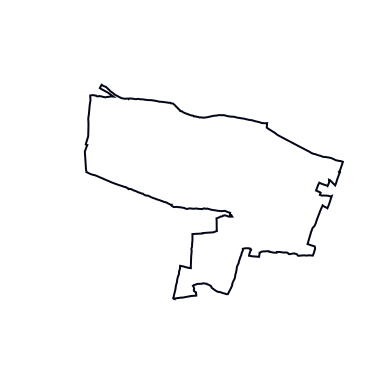 the district of Iana, Vaslui, Romania, rotated 300°
{"feature_id": "2599482B62853104405346", "entity_name": "Iana", "entity_type": "district", "adm_level": 2, "iso_a3": "ROU", "parent_name": "Romania", "parent_adm1": "Vaslui", "projection": "albers", "projection_center": [27.554, 46.405], "detail": "fine", "context": "isolated", "style": "outline", "palette": "ink", "viewbox_px": 384, "rotation_deg": 300, "n_neighbors": 0, "source": "geoboundaries", "source_scale": "gbopen_adm2", "svg_char_len": 6019}
<svg xmlns="http://www.w3.org/2000/svg" viewBox="0 0 384 384"><g transform="rotate(300 192 192)"><path d="M289.2,222.6L288.8,222.0L288.1,221.0L286.7,218.1L286.0,214.7L285.2,212.4L284.4,209.4L284.3,208.5L282.9,205.1L282.5,203.6L282.2,202.9L281.4,199.9L280.9,198.9L278.8,193.3L278.4,191.3L276.5,187.5L275.4,184.6L274.8,182.2L274.4,181.0L273.9,180.3L272.7,178.0L271.7,176.4L270.4,175.0L269.9,174.1L267.9,171.6L264.8,168.3L263.0,166.1L262.1,164.8L261.7,164.1L261.4,162.9L260.3,161.3L260.2,160.8L260.1,159.9L259.4,158.2L259.1,156.8L258.4,155.9L258.7,155.3L258.5,154.4L257.9,152.8L257.4,150.1L257.2,148.6L256.8,146.7L256.6,144.0L256.9,143.3L256.8,143.0L256.7,142.3L256.2,141.4L257.0,140.0L257.0,139.3L257.7,137.1L257.9,135.9L258.4,134.6L259.0,131.9L259.0,131.3L259.0,130.9L258.8,130.4L258.2,129.4L258.3,128.2L258.1,127.8L257.5,127.1L256.9,125.2L254.6,119.9L253.9,118.7L253.4,116.8L252.2,113.4L252.2,113.0L251.6,112.1L251.2,110.8L250.7,110.0L249.8,108.3L248.2,104.7L248.1,104.1L246.2,100.2L245.9,99.2L245.7,98.8L245.2,98.2L244.2,96.8L243.1,93.8L241.8,91.2L241.5,90.9L240.9,90.7L241.1,90.4L241.1,90.1L239.6,87.9L238.8,86.3L238.0,83.9L237.7,76.8L237.8,75.6L238.2,74.2L238.4,71.2L239.2,68.4L240.0,65.0L239.5,62.2L239.7,60.1L235.9,60.2L235.8,61.7L235.9,64.9L236.0,69.6L235.3,76.2L234.1,73.8L232.8,72.2L232.3,71.9L232.2,71.4L231.6,70.5L231.3,70.3L230.8,69.9L230.6,69.5L230.4,68.7L229.8,67.2L229.5,65.6L229.1,65.0L229.0,64.4L228.5,63.4L227.8,62.8L227.6,62.5L227.3,61.3L227.5,60.5L227.1,60.0L226.9,59.0L226.1,57.3L224.6,55.6L220.7,58.2L215.8,60.1L207.6,63.9L206.5,64.3L203.8,65.4L198.9,68.5L189.0,73.9L187.9,74.4L186.3,74.7L185.9,74.9L185.4,74.9L180.1,76.2L180.0,76.8L180.2,77.5L180.3,77.9L178.3,78.1L173.4,79.0L157.7,89.5L157.3,90.2L156.4,90.6L156.6,91.8L156.7,93.8L157.0,96.3L158.1,100.0L160.2,118.1L161.3,124.4L162.4,129.6L162.5,130.6L162.8,131.2L163.1,131.9L163.0,132.7L163.2,133.2L163.0,134.1L163.2,134.9L162.9,135.1L162.8,135.3L162.8,135.6L164.0,137.4L164.1,138.9L164.2,139.4L164.1,140.5L164.5,141.6L164.6,142.7L164.8,143.9L164.8,145.5L165.1,146.3L165.5,149.2L166.0,150.4L165.7,151.2L165.8,153.4L166.0,154.0L166.8,155.6L166.9,156.1L167.1,159.4L167.4,161.7L167.6,162.2L167.7,163.0L168.0,164.1L168.0,164.4L167.9,164.5L168.8,168.5L169.1,170.8L169.3,171.0L169.4,172.6L170.2,175.2L170.1,175.5L170.3,179.9L170.5,180.3L170.2,180.2L169.8,182.0L169.9,183.6L170.3,184.6L171.3,185.8L171.6,186.7L173.0,189.7L174.1,192.8L174.3,193.1L174.3,194.4L174.8,196.1L175.1,196.5L176.4,197.8L176.7,198.3L178.2,201.6L178.9,202.7L179.9,204.0L180.6,206.0L182.4,209.5L182.7,209.8L183.5,210.2L183.8,210.5L183.9,211.1L184.7,212.9L185.2,213.3L186.6,218.6L187.5,220.6L188.3,222.9L189.9,226.6L190.3,227.4L191.8,229.4L192.1,229.9L192.6,233.7L192.8,234.5L193.1,235.4L191.1,236.3L191.7,237.5L190.8,239.1L190.5,238.5L190.2,238.3L189.1,236.1L188.8,235.2L188.8,234.2L188.4,232.6L188.0,231.8L187.4,231.3L186.9,230.6L186.4,230.6L185.8,230.2L184.9,228.9L184.1,228.6L181.4,226.4L179.3,227.8L171.8,232.2L170.8,233.1L169.9,232.4L167.8,230.7L161.8,221.8L161.6,221.6L161.3,221.8L160.6,220.8L157.2,215.5L155.8,213.4L150.7,216.4L149.6,216.9L146.0,218.6L144.6,219.4L142.4,219.9L141.7,220.4L141.0,221.1L135.8,223.5L126.9,228.2L125.5,229.1L124.9,227.8L123.8,224.3L123.2,221.6L122.1,218.6L119.6,219.9L116.3,220.7L114.2,221.8L113.1,222.0L111.9,222.1L109.3,222.8L106.4,224.0L102.6,225.0L99.2,226.4L93.9,227.9L92.3,228.5L91.8,228.5L90.5,228.9L90.4,229.1L90.6,230.6L91.2,230.4L91.4,230.8L92.0,231.4L92.8,232.4L94.2,234.3L95.0,235.1L95.3,235.8L96.1,237.0L97.6,238.7L101.6,243.4L104.4,247.5L105.4,246.9L106.2,246.1L106.7,246.0L107.1,245.7L107.1,244.3L107.2,243.3L108.0,242.5L109.0,242.4L109.7,241.9L110.7,240.8L111.2,239.7L112.6,240.3L113.6,241.5L115.1,242.6L116.1,244.3L117.5,246.4L118.7,247.6L119.2,249.1L119.9,250.6L119.6,251.3L120.0,252.3L120.0,255.6L118.9,257.0L118.6,259.7L118.4,262.4L118.4,264.0L119.4,266.5L119.8,268.9L120.4,271.0L120.7,272.7L121.4,274.1L128.2,273.8L131.0,273.5L131.9,273.2L132.3,272.9L134.0,272.5L138.4,272.2L140.1,271.7L142.2,270.8L143.9,270.5L145.7,269.9L149.8,268.3L152.3,268.0L153.4,268.1L154.2,267.7L154.7,267.5L160.1,266.4L162.1,266.2L163.1,265.8L164.5,265.5L166.6,265.3L167.8,264.7L168.2,264.4L168.5,264.6L170.4,267.0L171.8,269.7L171.9,270.1L171.6,270.0L171.7,271.9L171.6,272.1L169.6,272.1L165.6,273.1L165.3,273.3L166.6,276.7L168.1,279.7L168.6,280.8L169.4,282.5L173.3,280.9L173.6,281.4L174.9,281.9L176.2,283.4L176.9,284.7L178.2,286.5L179.1,288.1L178.8,288.4L179.0,288.9L179.1,289.6L179.8,291.3L180.0,292.2L180.3,293.0L181.8,295.7L182.5,295.5L183.3,296.8L184.0,298.2L185.3,301.5L187.0,304.3L187.1,305.8L186.6,306.8L186.8,307.3L187.6,308.4L189.4,310.4L189.8,311.0L190.4,313.1L190.5,314.0L189.9,315.5L189.9,315.9L190.0,316.1L192.5,319.7L193.3,321.0L194.4,323.4L195.2,324.2L195.9,325.3L196.0,325.8L197.0,327.6L197.3,328.4L200.9,327.9L201.7,327.5L203.9,327.2L205.7,326.1L206.2,325.4L205.5,322.2L204.7,318.1L217.9,314.9L218.3,315.0L219.8,314.6L221.5,314.5L223.7,315.1L225.8,314.9L227.5,314.7L230.1,314.0L230.5,314.1L230.9,313.9L238.6,312.7L238.8,312.6L245.8,311.8L245.5,314.1L245.7,316.5L245.6,317.4L250.0,316.8L258.4,315.0L257.7,314.5L257.4,314.0L257.1,313.3L256.9,312.0L255.7,309.5L254.7,307.5L254.3,307.1L253.9,306.4L253.4,304.2L255.8,303.7L255.6,301.6L255.3,298.7L260.1,297.9L261.2,297.7L263.3,297.7L263.7,297.6L263.9,299.9L264.3,302.4L265.1,306.1L265.0,306.4L268.7,306.0L270.1,305.2L271.1,304.5L271.2,305.8L269.3,312.7L272.5,312.2L275.2,311.5L281.1,310.5L282.3,310.0L282.6,309.6L282.9,310.4L283.2,310.4L283.4,310.2L283.2,309.4L285.2,309.3L293.6,307.6L293.3,306.1L292.9,304.7L292.3,303.4L291.5,300.8L291.3,299.3L291.3,298.4L291.0,295.6L290.6,294.2L288.9,289.7L288.0,288.2L287.8,287.0L287.7,285.6L287.0,283.3L286.9,282.6L286.5,280.8L286.5,280.1L286.4,279.9L285.7,277.6L285.6,276.4L285.6,275.9L285.4,275.3L285.5,275.1L285.6,274.3L285.4,269.7L285.3,267.0L285.2,265.2L285.0,260.3L284.6,250.3L284.2,239.7L284.2,236.8L284.6,234.8L284.9,226.9L285.1,224.6L285.5,224.3L287.3,223.6L288.6,222.8L289.2,222.6Z" fill="none" stroke="#020617" stroke-width="2"/></g></svg>